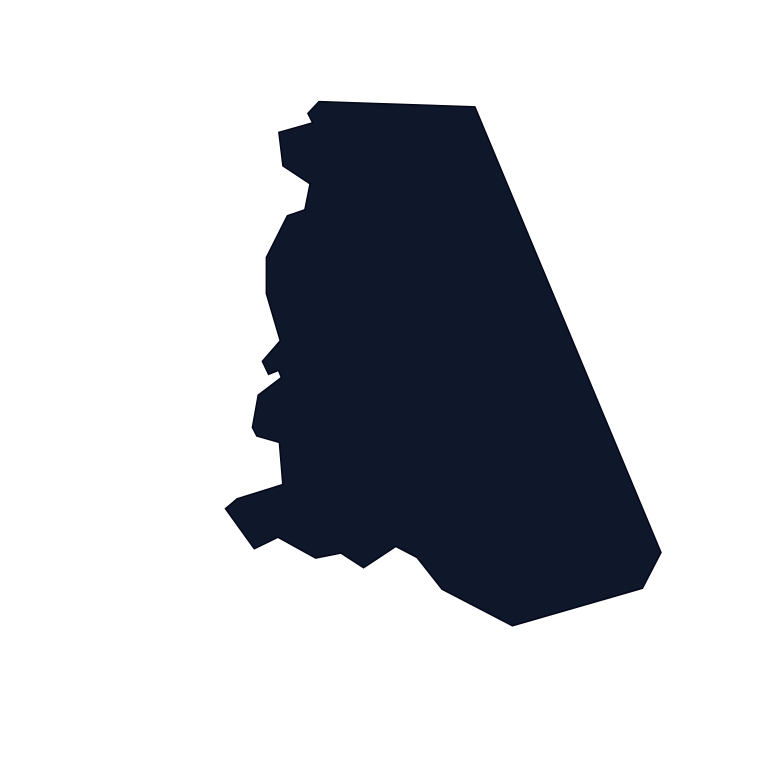 the district of Twic, Northern Bahr el Ghazal, South Sudan, rotated 68°
{"feature_id": "79223893B10116449599990", "entity_name": "Twic", "entity_type": "district", "adm_level": 2, "iso_a3": "SSD", "parent_name": "South Sudan", "parent_adm1": "Northern Bahr el Ghazal", "projection": "orthographic", "projection_center": [28.357, 9.063], "detail": "fine", "context": "isolated", "style": "filled", "palette": "ink", "viewbox_px": 768, "rotation_deg": 68, "n_neighbors": 0, "source": "geoboundaries", "source_scale": "gbopen_adm2", "svg_char_len": 600}
<svg xmlns="http://www.w3.org/2000/svg" viewBox="0 0 768 768"><g transform="rotate(68 384 384)"><path d="M97.8,338.5L104.6,353.2L115.1,352.3L111.3,387.2L143.9,396.0L170.7,377.6L192.8,392.1L191.8,410.6L222.5,445.6L256.0,459.2L305.0,464.0L317.4,488.3L331.8,487.4L331.8,476.7L339.5,476.7L347.2,504.8L375.0,522.3L384.6,521.4L399.0,502.9L439.3,515.5L435.4,563.1L440.2,577.7L488.2,566.0L486.3,539.8L519.8,512.6L524.6,487.3L546.7,471.8L539.0,433.9L557.2,418.4L595.9,407.1L596.0,407.1L656.3,355.5L670.2,220.9L644.0,190.3L161.1,195.9L97.8,338.5Z" fill="#0f172a" stroke="#020617" stroke-width="1.5"/></g></svg>